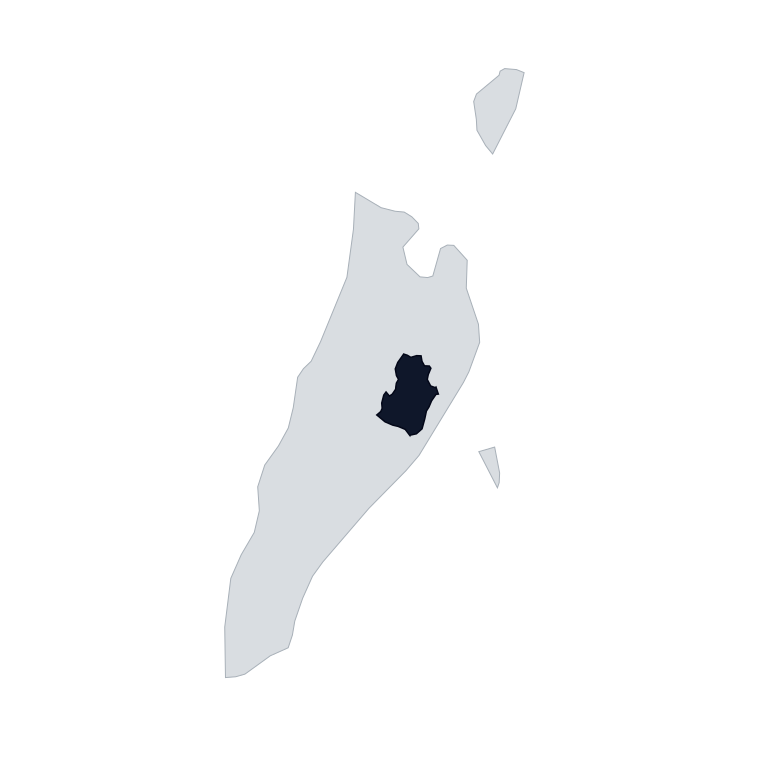 Aileu on a map of East Timor (Robinson projection), rotated 134°
{"feature_id": "TLS-544", "entity_name": "Aileu", "entity_type": "District", "adm_level": 1, "iso_a3": "TLS", "parent_name": "East Timor", "parent_adm1": "", "projection": "robinson", "projection_center": [125.606, -8.71], "detail": "fine", "context": "in_parent", "style": "filled", "palette": "ink", "viewbox_px": 768, "rotation_deg": 134, "n_neighbors": 0, "source": "natural_earth", "source_scale": "10m", "svg_char_len": 1620}
<svg xmlns="http://www.w3.org/2000/svg" viewBox="0 0 768 768"><g transform="rotate(134 384 384)"><path d="M266.0,537.7L259.2,508.6L252.0,496.0L246.3,488.9L244.4,480.1L244.7,470.9L248.2,466.7L272.4,465.5L282.0,450.5L281.9,432.5L277.1,426.5L272.4,423.9L247.3,437.4L240.1,435.0L235.8,430.1L237.2,410.1L257.9,391.4L275.4,357.6L287.6,344.1L316.3,331.4L327.8,327.9L411.1,309.2L431.0,308.0L483.8,308.5L554.5,304.4L571.9,301.9L594.6,293.7L616.5,283.5L628.2,275.5L640.3,269.7L658.5,277.0L689.3,282.5L697.6,287.3L705.3,294.1L669.5,329.7L630.2,359.2L606.0,368.1L580.9,374.2L561.8,385.6L545.7,403.4L525.1,413.5L501.9,416.9L482.1,422.3L464.1,432.8L439.1,450.8L428.9,452.6L418.2,452.2L397.5,459.1L333.0,484.8L294.0,513.4L266.0,537.7ZM62.7,499.5L94.5,480.4L143.1,465.6L141.9,476.5L136.9,493.4L129.5,501.4L118.5,515.7L111.2,518.9L82.0,515.7L78.3,517.8L73.3,516.3L65.8,507.1L62.7,499.5ZM379.9,230.3L366.8,268.8L352.5,260.6L367.7,239.0L375.0,232.6L379.9,230.3Z" fill="#d9dde1" stroke="#a8b0b8" stroke-width="1"/><path d="M389.8,325.5L397.3,326.1L402.7,329.7L403.1,329.5L401.9,337.2L404.7,344.4L407.5,349.1L410.5,357.0L411.3,367.7L406.1,367.2L402.8,368.4L399.3,372.4L392.1,376.5L388.3,377.0L388.9,371.7L385.5,371.0L379.7,372.0L377.3,373.9L374.8,375.7L370.6,376.8L369.3,380.9L365.3,386.4L358.9,389.1L349.6,390.5L348.8,390.7L347.1,387.2L346.2,383.2L340.9,380.2L338.0,376.9L341.3,372.4L342.8,367.5L339.6,363.9L340.1,361.2L346.5,358.7L350.7,356.0L353.0,349.1L351.0,344.6L350.1,344.5L351.4,342.0L353.5,337.9L355.3,339.4L363.0,338.1L369.3,335.7L374.0,334.7L380.7,330.5L389.8,325.5Z" fill="#0f172a" stroke="#020617" stroke-width="1.5"/></g></svg>